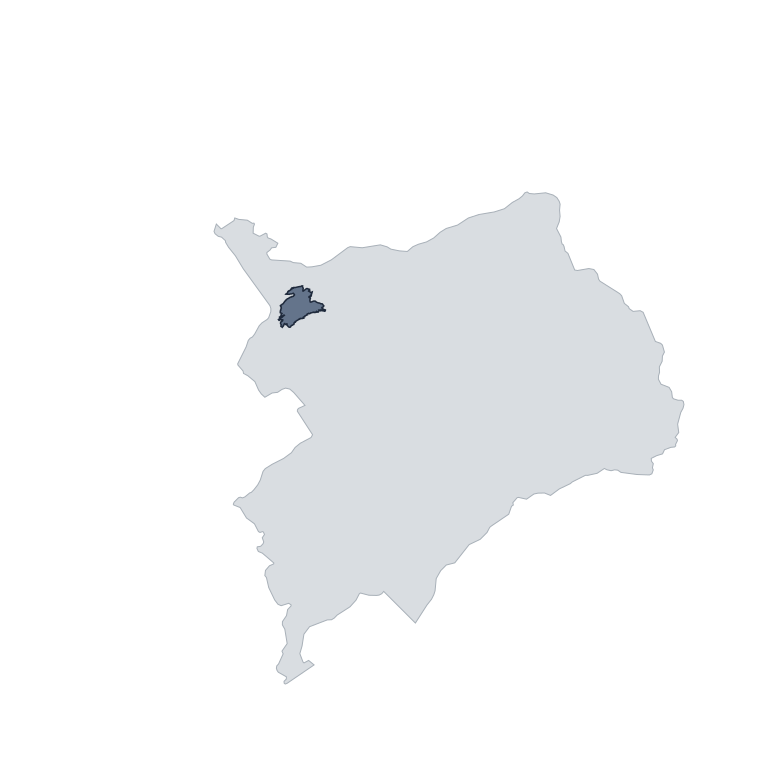 Kenge, Bandundu, Democratic Republic of the Congo shown in context, rotated 55°
{"feature_id": "63176286B18264844623742", "entity_name": "Kenge", "entity_type": "district", "adm_level": 2, "iso_a3": "COD", "parent_name": "Democratic Republic of the Congo", "parent_adm1": "Bandundu", "projection": "robinson", "projection_center": [16.889, -5.103], "detail": "fine", "context": "in_parent", "style": "filled", "palette": "slate", "viewbox_px": 768, "rotation_deg": 55, "n_neighbors": 0, "source": "geoboundaries", "source_scale": "gbopen_adm2", "svg_char_len": 9208}
<svg xmlns="http://www.w3.org/2000/svg" viewBox="0 0 768 768"><g transform="rotate(55 384 384)"><path d="M597.8,495.4L553.7,503.2L554.5,506.1L554.1,509.1L552.9,511.4L548.4,517.5L541.7,523.2L541.7,524.6L545.0,530.9L547.0,539.6L546.4,554.9L547.2,559.0L547.0,562.2L544.7,565.8L540.1,584.2L543.0,593.1L551.6,601.4L556.6,607.6L565.2,609.8L566.6,609.5L567.2,604.3L574.0,602.4L573.6,635.2L573.1,637.0L571.8,637.4L570.2,636.4L569.7,633.3L567.9,631.9L559.5,635.9L557.4,635.9L555.1,635.2L553.4,633.5L552.9,631.0L547.2,621.4L544.3,620.8L541.1,612.2L528.0,605.9L523.0,605.4L520.4,603.5L517.8,596.7L513.5,592.3L512.5,587.5L511.7,586.8L509.0,587.8L506.6,595.4L503.6,597.2L498.2,597.4L484.7,595.2L475.1,591.3L472.6,591.5L468.7,588.0L467.2,582.1L468.1,577.6L467.4,576.9L452.7,580.7L449.1,583.0L445.8,582.4L444.7,581.2L446.2,578.1L445.5,574.7L444.4,573.1L440.1,571.9L438.7,568.2L436.1,567.7L435.2,568.2L434.5,570.7L432.9,571.5L424.2,570.3L414.9,573.5L402.7,572.7L396.9,576.5L396.0,576.4L394.8,574.5L393.7,568.3L394.3,566.6L396.1,565.3L396.7,562.8L396.2,556.4L396.7,554.9L396.0,551.2L394.2,545.3L391.7,540.4L386.2,533.2L385.2,529.8L385.6,521.7L387.4,508.9L387.2,499.3L385.0,493.2L384.5,486.5L386.0,474.5L384.6,471.6L356.6,470.6L355.5,469.7L354.9,468.1L356.2,461.0L339.2,462.8L334.1,464.1L330.9,467.0L329.9,470.7L329.8,475.9L327.2,480.8L326.5,489.2L321.8,490.2L317.0,490.2L308.0,488.4L299.1,490.8L294.8,493.0L292.5,492.0L284.6,492.8L283.5,492.2L274.5,475.6L270.4,470.1L269.7,467.4L270.0,464.8L268.9,461.3L264.7,452.8L263.9,448.8L264.1,442.6L263.6,440.5L259.8,435.2L257.3,433.4L254.5,432.5L208.9,433.2L193.8,432.2L182.8,432.9L177.2,432.5L175.6,431.7L170.6,432.8L167.9,435.1L164.0,436.2L161.5,435.7L156.8,429.6L163.3,428.5L163.7,427.9L164.1,413.1L162.4,411.0L165.9,408.5L171.4,402.0L176.9,399.7L177.6,398.3L178.7,398.4L180.7,401.2L185.4,404.7L191.2,401.6L191.8,400.7L192.6,394.4L194.0,393.8L196.5,395.2L197.9,395.2L200.4,393.4L207.8,390.2L210.0,394.2L208.0,397.9L208.9,400.5L209.1,404.5L210.3,405.4L216.2,405.9L217.9,404.9L229.5,390.4L232.5,388.7L237.4,382.9L243.9,380.3L246.7,375.8L250.5,367.6L252.1,355.9L251.5,335.6L252.1,332.9L259.9,323.7L267.9,307.2L273.4,302.8L277.5,301.0L283.8,295.0L288.8,288.9L288.1,281.5L289.3,275.5L292.0,267.7L292.9,259.5L291.9,250.9L292.3,243.8L296.0,232.6L296.4,219.7L299.7,208.8L306.3,195.0L309.5,184.8L308.9,174.7L309.7,167.2L309.4,162.8L308.2,159.0L308.8,156.6L311.3,155.7L314.5,151.9L320.1,141.9L326.2,137.1L330.4,135.5L334.8,135.7L337.7,136.6L342.3,140.5L347.7,143.6L351.7,147.5L355.6,153.5L365.1,154.8L369.1,157.0L371.6,157.8L372.5,157.3L374.5,157.6L378.9,159.4L382.5,158.4L400.0,162.4L402.0,160.4L406.9,150.0L410.6,146.4L416.5,146.1L421.2,148.1L423.7,148.1L445.2,139.1L448.0,138.7L455.8,140.9L460.9,139.4L463.0,139.9L467.4,138.3L470.9,132.1L473.9,130.6L504.8,137.3L509.5,134.0L511.8,133.6L518.7,136.0L520.8,139.9L524.9,143.1L527.9,148.6L532.5,151.6L534.8,154.5L537.5,156.5L543.1,157.2L550.3,152.4L555.3,152.8L560.4,155.5L562.1,155.4L565.9,152.5L568.0,149.5L569.9,148.8L572.9,150.1L575.4,153.0L577.5,157.2L585.3,166.5L592.8,170.4L594.7,176.1L597.4,175.6L598.7,176.1L600.7,179.8L602.0,180.5L602.3,182.0L600.4,185.4L598.7,191.9L601.0,195.9L599.1,201.7L598.2,207.7L600.6,209.2L603.7,209.1L606.6,212.2L608.8,212.7L611.2,216.1L610.7,218.8L603.3,228.6L592.3,240.6L588.6,242.0L586.6,244.3L585.3,247.7L582.0,250.7L579.6,251.9L579.4,260.6L575.7,269.5L574.3,271.4L572.2,286.0L572.5,288.5L570.5,300.4L570.8,311.5L565.4,315.0L561.7,320.5L560.1,324.3L560.1,333.3L554.0,338.9L553.5,340.1L555.1,346.5L557.3,347.5L557.3,349.7L562.2,356.5L561.9,377.6L562.1,379.7L564.7,384.7L566.4,394.2L564.4,406.4L571.1,428.6L568.0,436.8L569.4,444.6L573.3,452.8L582.7,460.8L585.2,464.1L587.6,468.6L589.7,475.6L597.8,495.4Z" fill="#d9dde1" stroke="#a8b0b8" stroke-width="1"/><path d="M259.2,395.2L258.0,395.1L257.5,394.9L257.0,394.4L256.7,394.7L256.5,395.1L256.4,395.3L256.4,396.2L256.1,396.8L255.7,397.4L255.3,398.3L253.9,401.8L253.7,402.0L253.2,402.3L253.2,402.8L253.2,403.1L252.9,403.5L253.0,403.6L252.9,403.8L253.0,403.8L252.9,403.9L253.0,404.0L252.9,404.1L253.0,404.2L253.0,404.3L252.8,404.4L252.7,404.5L252.8,404.6L252.7,404.6L252.8,404.8L252.7,405.1L253.1,405.3L253.1,405.5L253.3,405.9L253.3,406.1L253.4,406.3L253.3,406.6L253.2,406.6L253.4,407.2L253.3,407.6L253.3,408.0L253.1,408.3L253.4,408.6L253.4,408.9L253.1,409.2L253.1,409.4L253.1,409.7L253.6,410.1L253.8,410.6L254.0,410.9L254.1,411.0L254.0,412.6L254.1,412.9L256.3,410.0L256.4,409.3L256.6,408.9L256.9,408.6L257.4,407.4L257.5,406.6L257.6,406.3L258.6,406.3L259.0,406.0L259.7,406.2L260.0,407.2L259.9,407.6L260.2,408.0L259.9,408.9L259.5,409.2L259.5,409.7L259.6,410.1L259.5,410.3L259.3,410.5L259.1,411.0L259.2,411.8L259.0,412.2L259.1,412.6L259.1,413.5L258.9,413.8L258.8,414.2L258.9,415.7L259.1,415.8L259.0,416.3L259.1,416.8L259.4,417.1L259.3,417.5L259.5,418.4L259.8,418.7L259.9,419.0L259.9,419.3L260.3,420.3L260.3,420.6L260.4,420.9L260.3,421.2L260.2,421.5L260.3,422.0L260.5,422.5L260.3,422.8L260.3,423.9L260.7,424.1L260.9,424.1L261.0,424.0L261.4,424.0L262.0,424.0L262.1,424.3L262.4,424.5L262.7,424.5L262.8,424.6L263.0,424.6L263.3,425.3L263.7,425.5L263.9,426.1L264.4,426.5L264.6,426.5L264.7,427.1L265.2,427.4L265.7,427.8L266.1,428.1L266.7,427.7L267.7,427.1L267.8,427.3L267.7,427.5L267.8,427.7L267.8,428.1L268.1,428.4L268.9,428.9L269.1,429.2L269.0,429.3L269.2,429.5L269.2,430.1L269.3,430.1L269.3,430.4L269.4,430.7L269.3,431.3L269.7,431.3L269.8,431.2L269.9,429.9L270.0,429.1L270.0,427.7L270.1,427.3L270.1,426.9L270.1,426.5L270.4,426.2L270.6,426.2L270.6,427.6L270.9,429.1L270.9,429.4L270.6,432.6L270.6,433.5L271.4,433.5L271.7,433.5L271.8,433.4L271.9,431.8L272.0,431.5L272.5,431.3L273.2,430.2L273.5,430.1L273.8,430.6L274.0,430.8L274.1,431.1L274.1,431.3L274.1,431.5L273.9,431.6L273.9,431.9L274.0,432.0L274.1,432.4L274.0,432.6L274.0,432.8L274.1,433.2L274.3,433.3L274.4,433.5L275.1,434.1L275.4,434.2L276.4,434.1L277.3,435.1L277.7,435.4L278.8,434.9L279.2,434.8L279.0,434.4L279.0,434.0L278.8,433.8L278.8,433.7L278.8,433.2L278.3,432.9L278.2,432.6L278.3,432.4L278.1,432.3L278.1,432.1L277.8,431.5L277.7,431.4L277.4,431.1L277.5,430.6L278.3,430.5L278.9,430.4L279.2,430.2L279.3,430.0L278.9,429.2L279.0,429.0L279.4,429.1L280.3,429.7L281.9,429.5L282.6,429.4L283.4,428.8L283.7,428.0L283.6,427.7L283.3,427.3L283.1,427.0L283.2,426.5L283.1,426.2L283.2,425.8L283.1,425.7L283.3,425.3L283.2,425.0L283.3,424.5L283.3,424.4L283.5,423.8L283.3,423.7L283.2,423.4L283.1,423.2L282.9,423.2L282.5,422.8L282.4,422.5L282.4,422.3L282.2,422.2L282.1,421.8L282.2,421.6L282.2,421.4L282.4,421.2L282.2,421.1L282.2,420.9L282.0,420.7L282.2,420.3L282.0,419.7L282.1,419.3L282.0,419.0L282.1,418.5L282.2,418.4L282.2,418.1L282.2,417.5L282.3,417.0L282.2,416.9L282.3,416.8L282.3,416.7L282.2,416.3L282.3,416.0L282.2,415.9L282.2,415.5L282.4,415.5L282.3,415.3L282.6,414.8L282.5,414.6L282.9,414.2L283.0,414.0L283.1,413.8L283.2,413.5L283.3,413.2L283.5,413.3L283.6,412.9L283.8,412.5L283.6,412.5L283.6,412.4L283.8,412.1L283.6,412.1L283.3,412.0L283.2,411.9L283.4,411.7L283.0,411.4L283.4,410.8L283.4,410.7L283.3,410.4L283.4,410.2L282.9,409.9L282.9,409.6L282.9,409.1L283.1,408.8L283.1,408.6L283.2,408.2L283.0,407.7L283.2,407.4L282.9,407.4L282.7,407.1L282.8,406.9L282.7,406.7L282.8,406.3L282.7,406.1L282.8,405.9L283.1,405.7L283.2,405.4L283.3,405.3L283.2,405.2L283.5,405.1L283.6,404.4L283.8,404.2L283.7,404.0L283.8,403.7L283.8,403.3L283.7,403.1L283.8,402.9L284.0,402.7L284.3,402.3L284.4,401.4L284.5,401.2L284.6,400.9L284.8,400.8L284.8,400.5L285.1,400.4L285.1,400.1L285.5,400.0L285.5,399.9L285.5,399.7L285.9,399.3L285.9,399.1L286.0,399.1L286.0,398.7L286.1,398.4L285.9,397.8L286.0,397.7L286.1,397.8L286.4,397.4L286.2,397.3L286.8,396.9L286.9,397.0L287.0,397.2L287.2,396.8L287.4,396.6L287.4,396.4L287.3,396.2L287.1,396.1L286.9,395.6L286.9,395.2L286.2,395.0L286.4,394.8L286.5,394.8L286.8,394.7L286.6,394.7L286.6,394.4L286.6,394.2L286.9,394.4L287.2,393.9L287.1,393.7L287.3,393.5L287.4,393.1L287.6,393.3L287.6,393.0L287.7,392.6L288.0,392.7L288.2,392.4L288.4,392.6L288.5,392.4L288.6,392.5L289.2,392.0L289.3,391.5L289.7,391.4L289.9,391.2L290.4,390.9L290.5,390.6L290.3,390.2L290.0,389.7L289.7,389.5L288.9,390.2L288.0,390.7L287.0,391.1L286.3,391.3L286.0,391.3L285.9,391.2L285.7,391.0L285.9,390.4L285.9,390.0L286.0,389.9L286.0,389.6L285.7,389.0L285.7,388.7L285.4,388.4L284.0,388.6L283.1,388.5L282.6,389.0L281.7,390.0L280.9,390.2L280.1,391.1L278.9,392.0L278.0,392.5L277.0,392.6L276.6,392.9L275.9,393.8L275.6,394.4L275.3,395.9L275.0,396.9L274.8,397.2L274.5,397.4L274.2,397.3L273.6,397.0L273.3,396.9L273.1,396.7L272.6,396.5L271.7,395.2L271.4,395.0L271.1,395.0L270.7,395.5L270.4,395.7L269.8,395.7L269.6,395.6L269.4,395.1L269.4,394.7L269.9,394.2L270.2,393.7L270.2,393.2L270.1,392.9L269.9,392.8L269.5,393.0L269.3,393.0L269.3,392.9L269.1,392.6L268.9,391.8L268.7,391.5L268.2,391.0L267.5,390.1L267.4,390.0L267.3,390.6L267.3,391.2L267.2,391.5L266.7,391.7L266.5,391.8L266.2,391.8L265.9,391.7L265.6,391.6L265.4,391.8L265.1,392.3L264.9,392.4L264.7,391.1L264.4,391.0L264.1,391.5L263.7,390.8L263.5,391.0L263.2,391.0L262.9,391.3L262.8,391.6L262.4,391.8L262.1,391.9L261.9,392.1L261.7,392.2L261.5,392.5L261.4,393.2L261.6,396.5L261.5,397.0L261.4,397.1L261.2,397.1L261.0,396.9L259.9,395.9L259.2,395.2Z" fill="#64748b" stroke="#1e293b" stroke-width="1.5"/></g></svg>